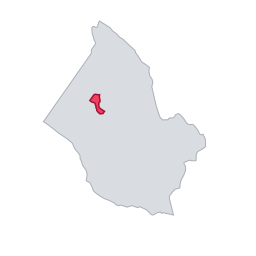 Mpigi highlighted on a map of Uganda, rotated 125°
{"feature_id": "UGA-3078", "entity_name": "Mpigi", "entity_type": "District", "adm_level": 1, "iso_a3": "UGA", "parent_name": "Uganda", "parent_adm1": "", "projection": "natural_earth1", "projection_center": [32.214, 0.138], "detail": "fine", "context": "in_parent", "style": "filled", "palette": "rose", "viewbox_px": 256, "rotation_deg": 125, "n_neighbors": 0, "source": "natural_earth", "source_scale": "10m", "svg_char_len": 2710}
<svg xmlns="http://www.w3.org/2000/svg" viewBox="0 0 256 256"><g transform="rotate(125 128 128)"><path d="M171.3,200.9L168.4,200.9L163.7,200.9L159.0,200.9L154.3,200.9L149.6,200.9L144.8,200.9L140.1,200.9L135.4,200.9L130.7,200.9L126.0,200.9L121.3,200.9L116.6,200.9L111.9,200.9L107.1,200.9L102.4,200.9L97.7,200.9L93.0,200.9L90.2,200.9L89.7,200.8L89.3,200.7L87.5,201.1L85.7,202.4L83.7,203.0L81.6,202.8L81.3,202.9L80.3,202.9L78.8,202.8L77.4,203.1L76.3,204.3L75.3,206.3L73.3,208.6L71.8,210.7L70.5,212.1L67.6,214.5L66.0,215.2L65.2,215.1L64.7,214.7L63.8,211.6L63.2,211.1L57.5,212.7L56.6,212.7L56.7,211.8L56.3,204.6L56.2,200.1L57.0,197.4L57.4,194.2L57.4,191.4L58.5,186.6L58.1,183.7L59.5,173.7L59.8,172.0L60.3,167.2L61.2,165.7L61.9,165.1L62.9,162.1L64.8,157.3L66.1,154.9L65.8,149.5L66.0,145.9L66.3,145.1L69.1,143.7L72.7,140.3L74.2,136.4L76.3,133.8L80.5,132.2L92.8,118.6L98.6,111.2L101.0,107.5L101.1,106.1L101.6,104.4L100.6,103.0L99.4,101.7L99.0,100.6L98.0,100.0L96.5,100.0L95.5,99.2L94.4,97.5L93.3,96.5L89.8,96.6L87.2,94.9L87.2,92.6L88.2,88.1L90.3,82.9L90.4,81.4L90.1,80.2L89.6,79.2L88.7,78.1L87.8,76.9L88.5,73.2L89.8,69.5L90.8,67.7L91.9,65.6L91.6,64.0L90.1,63.1L90.9,61.5L92.5,58.7L95.6,55.9L98.4,54.1L100.2,54.1L103.8,55.6L107.1,57.3L108.9,57.4L111.0,56.7L115.5,53.6L116.6,54.5L117.9,56.4L119.3,59.5L122.1,61.0L123.5,61.9L124.4,62.2L125.0,62.0L126.1,59.5L127.4,58.2L129.7,56.5L135.0,55.2L138.8,54.8L140.4,54.5L143.0,53.7L147.3,51.2L151.4,54.4L155.9,55.0L160.3,55.0L161.6,54.0L162.4,53.3L167.0,48.0L173.2,40.8L177.3,50.9L178.7,51.5L178.5,52.4L178.2,53.2L180.9,55.7L184.2,57.0L185.4,58.2L185.5,59.6L184.4,65.5L184.6,67.2L185.7,73.2L187.7,74.5L189.5,80.5L193.0,83.0L193.5,83.8L194.3,86.7L195.4,89.8L196.3,90.6L196.8,90.8L197.8,94.1L197.2,96.0L198.1,101.8L199.4,106.9L199.8,113.1L199.8,115.8L199.7,117.4L199.4,119.8L198.8,121.1L197.7,122.4L196.4,124.5L195.3,126.7L194.6,127.8L195.2,131.1L195.0,132.0L194.7,132.4L193.1,132.9L191.1,133.8L189.8,134.7L188.0,136.4L186.6,138.2L184.7,143.6L181.6,147.7L181.1,149.1L178.1,151.6L176.8,154.7L176.0,158.4L174.8,161.1L172.4,164.8L171.8,170.7L171.9,182.4L171.2,195.7L171.3,200.9Z" fill="#d9dde1" stroke="#a8b0b8" stroke-width="1"/><path d="M127.9,162.0L128.0,160.3L127.9,159.1L127.9,158.5L127.8,156.8L130.6,156.8L132.5,159.1L132.1,162.1L131.7,163.2L131.4,163.8L130.7,164.1L130.3,164.5L130.1,165.2L129.8,165.8L129.3,166.3L128.7,166.5L128.2,166.9L128.0,167.7L127.4,168.3L126.9,168.7L126.7,169.3L126.8,170.7L127.4,172.0L127.5,173.4L127.4,175.0L120.8,175.0L119.9,174.8L119.1,174.1L117.7,171.2L117.0,170.4L118.9,169.3L120.5,167.8L121.5,166.6L122.9,166.0L124.2,166.3L125.4,165.5L126.7,164.5L127.4,163.8L127.9,163.2L127.9,162.0Z" fill="#f43f5e" stroke="#9f1239" stroke-width="1.5"/></g></svg>